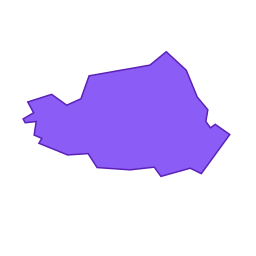 Rumbek Centre, Lakes, South Sudan, rotated 54°
{"feature_id": "79223893B15705410595049", "entity_name": "Rumbek Centre", "entity_type": "district", "adm_level": 2, "iso_a3": "SSD", "parent_name": "South Sudan", "parent_adm1": "Lakes", "projection": "equal_earth", "projection_center": [29.744, 6.986], "detail": "fine", "context": "isolated", "style": "filled", "palette": "violet", "viewbox_px": 256, "rotation_deg": 54, "n_neighbors": 0, "source": "geoboundaries", "source_scale": "gbopen_adm2", "svg_char_len": 505}
<svg xmlns="http://www.w3.org/2000/svg" viewBox="0 0 256 256"><g transform="rotate(54 128 128)"><path d="M88.0,209.1L114.3,192.7L125.3,175.3L141.8,176.3L163.0,151.0L175.1,129.8L186.5,129.8L197.1,101.3L208.0,95.5L193.1,49.5L176.3,55.3L176.3,61.2L168.5,61.2L160.2,52.7L143.7,53.8L115.5,46.9L88.8,52.2L90.0,73.3L62.9,128.8L76.7,148.9L73.5,164.2L55.9,170.0L48.0,193.8L60.2,195.4L59.0,207.5L63.3,208.1L68.8,198.5L78.6,208.1L85.7,203.8L88.0,209.1Z" fill="#8b5cf6" stroke="#5b21b6" stroke-width="1.5"/></g></svg>